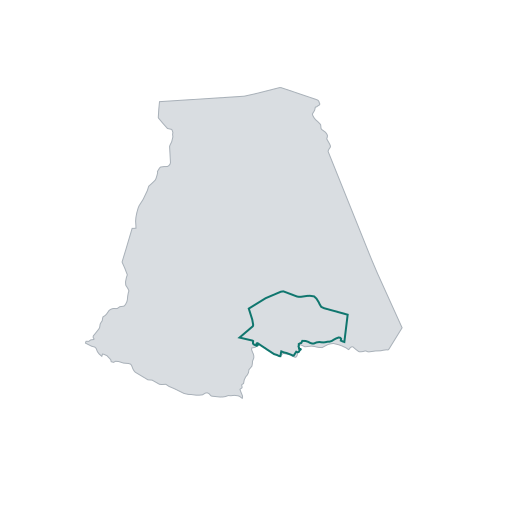 where Béchar sits in Algeria, rotated 211°
{"feature_id": "DZA-2148", "entity_name": "Béchar", "entity_type": "Province", "adm_level": 1, "iso_a3": "DZA", "parent_name": "Algeria", "parent_adm1": "", "projection": "robinson", "projection_center": [-2.712, 30.267], "detail": "fine", "context": "in_parent", "style": "outline", "palette": "teal", "viewbox_px": 512, "rotation_deg": 211, "n_neighbors": 0, "source": "natural_earth", "source_scale": "10m", "svg_char_len": 5359}
<svg xmlns="http://www.w3.org/2000/svg" viewBox="0 0 512 512"><g transform="rotate(211 256 256)"><path d="M357.3,93.5L357.6,94.4L357.7,95.4L356.3,96.2L355.4,96.7L354.4,99.0L352.4,100.6L352.0,101.1L352.1,101.5L353.5,102.2L354.0,102.9L354.3,103.8L353.8,107.1L353.1,112.9L353.2,114.1L353.8,115.7L354.3,116.8L354.6,118.1L354.5,121.4L355.3,123.3L355.8,125.0L354.7,127.2L354.2,129.1L354.0,131.9L353.9,133.6L353.2,135.2L352.1,136.7L351.0,137.7L349.5,138.5L347.9,139.5L346.6,142.4L343.7,144.7L343.1,145.6L342.9,147.5L343.1,150.1L343.7,152.2L345.2,155.3L346.5,158.7L346.9,160.4L347.4,161.0L349.2,162.2L352.3,163.7L352.9,164.3L354.5,166.6L356.0,170.8L356.6,173.6L362.1,177.9L367.4,181.6L367.8,182.2L371.0,195.0L372.2,199.6L376.4,215.9L374.9,216.8L373.2,218.0L374.6,220.2L377.1,223.8L378.6,226.8L379.1,228.0L380.4,231.6L381.4,235.2L381.7,236.3L382.1,239.0L381.9,246.4L382.8,255.9L383.9,260.6L382.6,264.8L381.5,268.9L381.6,270.9L382.4,274.1L383.1,276.5L384.0,277.7L384.0,281.7L383.6,283.1L381.0,285.2L378.0,287.1L377.2,288.7L377.0,290.5L377.4,292.0L386.5,305.4L386.8,306.8L387.1,310.5L388.6,315.3L390.2,317.4L390.8,319.0L392.0,320.1L393.1,320.9L393.7,321.0L397.6,319.7L404.3,321.8L410.6,324.0L411.1,324.4L414.9,331.7L418.2,338.6L348.4,386.9L340.7,394.2L322.6,412.4L321.3,413.2L297.2,418.5L284.7,421.2L284.1,421.3L283.4,421.4L282.8,421.3L281.8,420.9L280.5,419.8L279.6,419.2L279.4,418.4L279.9,417.2L280.5,416.2L280.7,415.4L281.1,414.8L281.7,414.3L281.7,413.6L281.2,412.5L280.8,410.9L280.8,408.0L280.8,406.7L279.6,405.6L277.5,404.4L275.4,403.6L274.5,403.4L272.3,403.0L269.2,402.2L268.1,401.7L266.1,399.0L265.1,398.3L260.5,397.9L259.0,397.4L257.8,396.8L256.7,395.9L256.1,394.5L255.9,393.3L255.5,392.7L250.4,389.8L249.1,388.8L248.4,387.9L248.4,386.6L248.5,384.9L248.3,383.4L248.0,382.7L158.6,315.1L153.9,311.6L143.0,303.7L93.8,269.7L94.1,245.3L94.2,244.1L94.5,243.5L96.1,242.6L98.6,240.6L99.5,239.7L100.7,238.7L104.9,236.0L105.8,235.2L109.8,232.0L110.8,231.5L112.9,231.2L113.8,230.6L115.0,229.3L116.8,227.9L118.0,227.2L118.3,227.1L119.0,227.0L122.7,227.4L124.3,227.7L126.1,228.0L126.7,227.8L127.2,227.4L127.9,226.3L128.1,225.1L128.2,224.1L128.3,223.6L128.6,223.4L129.4,223.5L130.5,223.6L132.7,223.6L133.4,223.4L136.0,223.2L139.5,222.5L144.6,220.9L147.0,219.0L148.8,217.1L150.6,214.2L152.1,211.6L155.0,210.0L157.5,209.1L158.9,208.7L162.1,207.3L167.3,203.4L171.7,202.9L172.3,202.5L172.9,201.8L172.9,200.6L172.2,199.8L171.3,199.4L170.7,198.9L170.0,198.8L169.7,198.2L169.9,197.2L170.0,196.2L170.4,195.2L170.3,193.9L169.7,192.5L169.5,191.5L169.5,190.5L169.8,189.7L170.7,189.2L171.8,189.1L173.3,189.3L175.8,189.0L182.3,186.6L182.8,185.9L183.2,184.2L183.6,182.8L184.3,182.3L184.7,182.2L189.9,181.3L191.1,181.2L200.8,181.7L209.1,181.9L209.9,181.6L209.9,180.6L209.3,178.6L209.6,177.4L210.8,176.3L212.3,175.0L211.6,173.5L210.4,172.5L208.7,171.2L207.9,170.7L206.4,169.2L205.4,167.5L204.8,164.0L203.7,161.9L202.8,159.5L203.5,154.9L202.4,152.2L202.3,151.0L202.2,149.6L202.6,147.2L202.3,143.8L201.0,140.3L201.6,139.1L201.9,138.5L201.8,138.0L200.7,136.8L200.1,135.9L200.4,135.1L201.0,133.8L201.0,133.3L199.1,131.8L195.8,129.3L194.9,128.2L194.5,126.9L197.6,127.2L199.2,127.0L202.8,125.4L205.7,123.2L207.9,122.1L209.9,119.7L211.7,118.2L214.2,116.6L221.7,113.1L222.8,113.0L225.3,113.8L227.4,113.6L228.8,112.4L230.4,109.4L232.8,107.6L235.8,105.8L240.0,104.0L242.7,102.5L247.0,101.1L257.8,100.2L263.4,99.4L267.2,99.6L270.9,97.1L272.8,96.3L281.1,96.1L284.9,94.2L299.7,94.2L301.5,94.8L303.3,95.8L306.4,98.2L307.9,98.7L309.9,98.2L314.4,96.0L319.4,94.8L322.2,93.4L323.3,91.5L325.7,90.8L327.1,92.3L332.4,93.8L335.7,93.4L337.1,92.9L336.5,90.6L339.9,91.2L342.6,92.3L345.5,94.5L347.3,94.9L350.5,94.0L357.3,93.5Z" fill="#d9dde1" stroke="#a8b0b8" stroke-width="1"/><path d="M190.0,181.2L192.1,181.3L193.1,181.3L194.2,181.4L195.4,181.4L196.7,181.5L198.0,181.5L199.4,181.6L200.7,181.7L202.0,181.7L203.3,181.8L204.5,181.8L205.5,181.9L206.5,181.9L207.3,182.0L207.8,182.0L208.2,182.0L208.3,182.0L209.5,182.1L210.1,181.9L210.4,181.3L210.3,180.9L210.1,180.7L209.7,180.6L208.9,180.8L208.6,180.8L208.6,180.5L208.6,180.4L208.9,180.2L209.0,180.1L209.1,179.9L209.1,179.7L209.1,179.4L209.4,179.4L211.5,179.1L212.6,179.1L212.9,179.2L213.2,179.3L213.3,179.4L213.4,179.5L213.6,179.6L213.7,179.8L213.9,180.1L214.1,180.4L214.6,181.6L214.9,181.7L215.7,181.6L228.1,177.6L222.6,194.0L222.6,194.7L223.1,195.7L226.5,199.6L235.1,207.2L226.0,224.8L216.3,238.2L214.3,239.8L200.0,242.4L198.2,243.1L196.3,244.3L191.4,248.3L189.2,249.7L185.4,251.3L182.2,250.6L178.3,248.6L176.7,247.5L173.9,246.0L170.8,246.3L147.2,252.9L136.0,227.8L137.8,227.4L139.8,227.2L140.3,228.8L141.6,229.3L143.1,228.8L144.8,226.7L146.2,224.4L147.3,222.2L148.8,220.5L150.5,219.4L152.2,217.8L153.5,216.8L155.1,215.9L157.4,214.9L159.6,213.1L161.3,210.8L162.8,209.9L164.7,209.4L167.1,209.3L169.7,208.7L172.6,207.1L172.5,206.0L172.4,204.8L173.1,204.1L174.0,202.6L173.2,201.3L173.1,200.9L173.1,200.6L172.9,200.3L172.7,200.1L172.2,199.8L171.9,199.5L171.5,198.9L171.3,198.6L171.0,198.5L170.8,198.7L170.3,199.1L170.0,199.2L169.8,199.2L169.6,199.1L169.6,198.7L169.7,198.4L170.0,197.8L170.0,197.4L169.9,196.0L170.0,195.7L170.2,195.4L171.0,194.8L172.2,194.7L172.4,190.0L173.5,189.4L174.1,189.6L174.7,189.5L179.2,188.7L180.1,188.5L182.5,187.7L185.2,187.3L184.6,185.5L183.5,182.7L184.4,182.2L187.3,181.9L190.0,181.2Z" fill="none" stroke="#0f766e" stroke-width="2"/></g></svg>